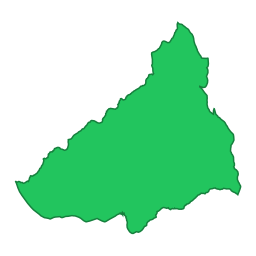 Quero, Tungurahua, Ecuador
{"feature_id": "8360857B96078226152486", "entity_name": "Quero", "entity_type": "district", "adm_level": 2, "iso_a3": "ECU", "parent_name": "Ecuador", "parent_adm1": "Tungurahua", "projection": "robinson", "projection_center": [-78.619, -1.43], "detail": "fine", "context": "isolated", "style": "filled", "palette": "green", "viewbox_px": 256, "rotation_deg": 0, "n_neighbors": 0, "source": "geoboundaries", "source_scale": "gbopen_adm2", "svg_char_len": 5854}
<svg xmlns="http://www.w3.org/2000/svg" viewBox="0 0 256 256"><path d="M151.7,52.9L151.6,54.4L152.4,59.3L152.4,64.1L151.8,65.1L151.8,65.7L152.8,68.3L152.9,70.9L153.3,73.2L153.6,73.6L152.7,74.8L152.5,74.7L152.1,74.2L151.6,74.1L150.8,74.4L149.5,74.5L148.8,75.0L148.5,76.7L147.7,77.7L147.4,78.4L146.6,78.8L145.9,80.2L145.8,82.8L145.5,84.0L144.5,85.1L143.5,85.6L142.4,85.6L141.9,86.2L140.7,86.3L139.6,87.6L138.6,88.4L136.1,89.7L134.9,90.6L133.8,91.1L133.1,91.9L132.2,92.3L131.3,93.4L130.6,93.7L130.4,94.3L128.1,95.0L127.5,95.7L127.1,95.8L126.8,96.7L126.0,97.2L125.7,98.8L124.9,99.5L123.3,100.0L122.7,99.7L121.6,98.6L120.6,98.7L120.5,98.8L120.2,100.3L119.4,101.0L119.2,101.5L119.3,102.8L118.6,103.1L118.5,103.9L117.8,104.6L118.1,105.0L118.1,106.5L117.3,108.0L116.7,108.0L115.5,109.2L110.5,108.4L110.1,108.5L109.8,108.8L109.1,108.7L108.9,108.8L108.0,109.8L107.6,110.0L107.1,111.1L106.5,111.3L106.6,112.3L105.7,113.5L105.7,115.0L104.5,116.7L104.3,117.3L103.6,117.7L103.3,118.4L102.9,118.5L102.9,119.0L102.5,119.7L102.7,120.3L102.3,121.6L101.8,122.3L99.2,123.2L97.4,122.7L97.1,122.4L96.5,122.4L95.9,121.6L95.0,121.3L94.1,120.8L91.6,120.5L91.0,120.8L90.3,121.4L89.9,122.3L88.6,122.4L87.9,123.2L86.9,125.0L85.5,126.3L83.8,128.7L82.9,129.0L82.4,128.9L80.9,130.7L78.5,132.0L77.8,132.9L76.3,133.7L74.0,135.2L73.3,136.0L71.6,138.5L70.7,139.1L68.3,139.6L68.4,140.5L68.2,140.8L68.2,142.4L68.5,143.9L68.3,145.7L67.6,148.0L67.0,149.2L66.5,149.3L66.0,149.9L64.6,150.3L62.1,149.2L60.9,149.1L60.2,148.7L59.9,148.0L58.9,147.5L57.7,147.4L56.7,147.7L56.6,147.9L55.8,148.3L55.3,148.2L54.9,148.7L54.5,148.7L53.8,150.3L53.3,150.5L53.3,150.9L52.7,151.1L52.4,151.8L51.3,151.8L50.7,152.1L50.2,152.0L49.1,153.7L48.7,153.8L48.3,154.3L48.6,154.8L48.0,156.3L47.9,157.5L46.8,157.9L46.1,158.6L45.6,158.7L45.1,158.7L44.5,158.3L44.1,158.4L43.4,158.8L43.4,159.5L43.7,160.1L43.8,160.8L43.0,163.7L42.6,164.6L41.5,166.1L40.9,167.9L39.9,168.4L39.1,170.2L39.1,170.6L38.3,171.2L37.4,172.8L35.2,174.5L34.0,175.3L33.4,175.3L32.7,176.1L31.7,176.1L30.9,175.7L30.5,175.9L30.5,176.2L29.5,178.0L29.2,179.6L28.4,181.5L27.4,181.1L24.8,182.9L23.3,183.3L22.1,182.4L20.7,182.6L20.1,181.9L19.4,181.6L18.6,181.5L17.0,182.3L15.4,181.1L16.4,183.2L18.0,188.0L19.6,191.7L22.1,195.6L27.7,203.3L31.0,207.2L33.5,209.8L39.7,214.6L40.6,215.6L44.3,217.6L48.3,218.3L49.9,218.9L50.5,218.9L53.7,217.4L55.5,217.0L60.1,216.6L60.4,217.0L61.4,217.5L62.6,217.5L65.7,216.4L68.0,216.3L71.9,215.6L74.2,215.9L74.9,215.8L78.8,217.2L80.8,218.3L83.6,220.6L85.7,221.7L86.3,221.8L89.7,221.0L97.1,218.5L101.9,220.9L103.3,221.4L104.4,221.8L105.6,221.6L110.3,218.8L115.3,216.1L116.8,214.9L119.4,213.7L120.0,213.8L119.9,213.4L120.2,213.4L121.4,214.1L120.9,213.1L121.7,213.1L122.6,214.7L122.6,212.6L122.9,213.0L123.8,213.3L123.9,214.5L124.1,214.7L124.3,214.2L124.5,215.1L126.0,216.6L125.9,217.6L126.5,218.9L126.6,220.2L127.2,221.6L127.3,223.0L127.0,224.8L127.2,227.5L127.8,228.9L129.6,231.7L130.5,232.5L132.1,233.4L133.3,233.4L136.4,231.7L138.4,232.2L139.8,231.7L141.8,230.3L142.9,229.0L144.4,226.6L145.1,226.1L145.6,226.1L146.6,225.4L146.8,223.3L147.6,222.1L148.6,221.2L149.0,221.1L150.2,219.9L151.5,219.7L152.8,219.2L154.1,218.1L156.1,217.3L156.1,216.1L155.7,215.3L155.8,214.8L156.3,214.4L156.9,213.3L157.1,212.7L157.0,211.6L157.9,211.2L158.4,211.2L160.7,209.3L161.0,208.8L162.6,207.8L163.3,207.5L164.4,207.6L166.9,208.3L168.3,207.7L168.8,208.6L170.4,209.6L170.8,209.5L171.2,208.9L172.6,208.5L173.0,208.8L173.9,208.8L174.6,208.6L174.7,208.3L175.1,208.7L177.1,208.6L179.0,209.2L181.7,209.2L182.1,208.9L182.5,209.0L183.2,208.8L183.9,208.2L184.2,206.6L184.6,205.9L185.2,205.6L185.2,205.3L185.9,204.9L186.4,204.8L186.6,204.2L188.4,203.7L190.0,202.6L190.2,202.0L190.7,201.5L191.2,201.3L192.5,200.5L194.7,198.4L195.7,197.7L196.2,196.9L196.8,196.5L198.0,195.1L199.1,194.8L200.6,193.8L201.1,193.2L202.1,193.4L203.4,193.3L205.0,193.8L206.0,192.6L207.4,192.4L208.6,191.5L208.9,190.4L209.7,189.3L210.5,188.9L212.4,188.7L213.7,188.2L215.4,188.0L215.7,188.4L216.2,188.7L217.8,189.1L218.6,189.1L219.7,189.6L220.6,189.5L221.3,189.2L222.6,189.1L223.1,188.6L223.7,188.3L226.6,188.9L229.6,188.8L230.8,189.8L231.3,190.7L233.0,191.8L235.6,192.9L235.9,193.4L236.8,193.8L237.8,194.7L239.8,189.6L240.6,187.0L240.6,186.1L239.5,184.1L239.1,183.0L238.5,182.3L237.4,179.5L237.4,176.9L237.6,176.2L238.1,175.0L238.2,173.9L237.8,171.8L236.4,170.0L234.4,168.6L234.1,167.4L233.7,166.8L234.4,165.5L234.4,163.6L234.0,162.5L233.7,161.9L233.5,157.0L232.5,154.9L231.6,153.8L231.2,152.4L230.5,151.3L230.7,147.8L231.0,146.9L230.9,145.4L231.6,144.6L232.7,142.8L233.8,140.5L233.9,139.8L233.7,136.7L233.4,134.7L233.0,134.0L230.6,131.6L229.3,129.9L228.0,128.0L227.2,126.2L226.3,125.2L225.1,122.8L224.1,121.6L221.0,119.3L219.5,117.6L218.2,117.2L217.8,116.2L215.8,114.2L214.3,108.8L214.1,108.7L213.5,110.4L213.4,114.2L212.2,113.5L211.8,113.1L210.0,111.8L209.5,111.1L209.1,109.8L207.8,107.9L207.0,104.1L207.2,102.4L207.0,100.1L207.2,98.3L207.0,95.5L204.6,92.7L201.8,88.7L199.7,86.8L199.8,86.3L201.1,86.9L203.2,87.5L205.0,87.2L205.5,86.8L206.4,85.6L207.5,82.8L207.7,80.3L207.4,78.9L206.5,76.3L207.9,72.8L207.9,70.5L207.6,69.1L206.7,67.8L206.7,67.6L207.6,66.9L208.0,66.2L208.3,64.7L208.4,63.6L208.0,58.3L207.8,58.2L206.2,58.4L201.9,58.2L201.3,57.5L200.9,56.3L199.4,54.3L197.4,50.8L197.2,49.7L196.3,47.5L195.9,46.3L195.3,45.3L194.8,44.1L194.0,41.4L193.6,38.2L193.1,36.4L192.0,34.2L191.0,33.4L190.0,32.2L188.4,29.4L185.9,27.7L184.6,26.5L183.3,25.7L182.2,24.6L181.5,24.3L179.2,24.0L177.8,22.6L177.2,24.2L177.3,27.0L177.5,27.7L177.3,29.0L176.8,29.7L176.4,29.8L176.1,30.2L175.6,31.8L174.8,32.7L174.3,34.7L173.2,37.0L173.1,37.7L172.0,38.4L170.9,40.4L169.8,42.0L169.3,42.5L167.5,42.6L165.7,41.6L164.6,41.2L163.6,41.1L163.1,41.2L162.4,41.8L161.8,42.6L161.8,43.2L161.1,45.0L159.3,48.4L158.4,48.8L157.4,50.0L155.0,51.5L152.7,52.2L151.7,52.9Z" fill="#22c55e" stroke="#15803d" stroke-width="1.5"/></svg>